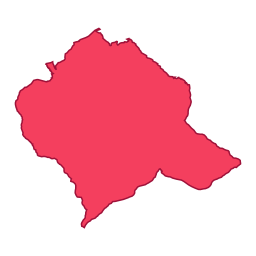 the district of Saschiz, Mures, Romania
{"feature_id": "2599482B37274548789390", "entity_name": "Saschiz", "entity_type": "district", "adm_level": 2, "iso_a3": "ROU", "parent_name": "Romania", "parent_adm1": "Mures", "projection": "robinson", "projection_center": [24.99, 46.172], "detail": "fine", "context": "isolated", "style": "filled", "palette": "rose", "viewbox_px": 256, "rotation_deg": 0, "n_neighbors": 0, "source": "geoboundaries", "source_scale": "gbopen_adm2", "svg_char_len": 5639}
<svg xmlns="http://www.w3.org/2000/svg" viewBox="0 0 256 256"><path d="M84.3,227.6L85.5,225.1L87.5,222.5L89.0,221.5L90.3,220.9L91.5,219.4L95.0,218.2L95.9,217.5L96.4,216.7L97.6,216.1L97.7,215.7L99.4,214.0L101.3,212.9L101.8,212.4L102.8,210.7L104.2,208.9L105.0,208.1L105.9,207.7L106.4,207.1L108.0,205.8L109.0,204.2L111.3,203.3L112.6,201.6L115.1,201.4L123.4,199.4L128.1,197.7L129.5,197.0L132.0,196.2L133.6,194.9L134.4,193.6L134.7,192.9L134.6,191.8L134.9,190.3L136.3,188.9L137.5,187.1L139.3,186.2L145.3,184.7L146.8,183.7L148.3,183.0L152.2,180.5L153.0,179.5L153.6,178.2L155.4,176.9L155.5,176.0L156.2,174.5L156.2,173.7L156.6,173.0L157.3,171.7L158.3,170.9L158.7,170.0L159.4,169.0L160.2,168.9L160.5,169.5L161.3,170.2L161.2,170.4L161.3,170.5L161.3,170.9L161.6,171.1L162.1,171.2L162.1,171.4L161.5,172.0L161.5,172.6L161.8,173.0L163.5,174.2L165.3,175.9L168.3,176.7L170.3,176.9L172.7,178.1L176.4,179.1L181.5,180.1L184.1,181.6L188.7,184.9L192.0,186.7L195.3,188.2L198.4,189.4L200.3,189.5L203.7,188.8L205.5,188.6L208.4,187.4L210.1,185.9L211.0,184.6L211.5,183.0L212.3,181.6L213.7,180.3L215.3,179.6L217.2,179.0L218.5,178.2L221.5,177.2L222.7,175.9L224.3,175.0L225.6,173.8L228.5,172.3L230.5,169.9L230.8,169.3L231.5,168.9L233.1,168.3L234.2,167.4L235.3,167.2L236.2,167.5L236.6,167.3L237.6,166.1L238.7,165.5L239.3,164.8L240.5,164.0L240.6,163.1L240.4,162.4L240.2,160.5L239.8,160.0L238.3,159.0L235.7,158.1L234.8,158.2L233.2,157.8L232.2,156.6L230.0,154.9L229.1,152.4L229.0,151.5L228.2,150.7L225.6,150.0L223.9,149.2L222.6,148.4L219.7,148.1L218.5,147.0L217.1,146.4L216.0,144.4L215.3,143.7L214.0,143.3L212.2,142.2L211.3,141.4L210.4,140.3L209.6,140.2L208.7,139.6L207.3,139.0L206.1,136.9L204.3,135.0L202.2,134.2L200.0,134.2L197.4,133.8L196.6,133.5L195.8,132.9L193.9,130.2L191.4,128.1L188.5,124.8L186.9,123.8L185.9,122.6L185.1,121.0L184.5,120.5L185.5,119.2L186.7,116.7L186.8,116.4L187.4,116.1L187.7,115.4L188.1,113.8L188.1,111.7L188.4,109.3L188.9,107.9L190.3,105.3L191.1,102.3L191.1,101.2L189.9,97.4L190.3,96.7L190.6,94.9L190.3,93.8L190.3,93.3L189.4,90.8L189.4,90.2L189.8,88.5L189.7,86.7L189.5,86.4L189.5,85.2L189.3,84.8L188.2,84.6L187.6,84.8L186.5,82.8L185.8,82.8L185.6,83.2L185.1,82.8L185.0,82.7L185.2,82.3L185.6,82.2L184.4,80.6L183.0,79.8L182.6,79.3L182.0,79.4L181.7,79.1L180.9,79.1L180.9,78.6L179.1,78.1L178.8,77.4L178.1,77.5L177.5,78.3L176.5,78.6L174.5,78.0L174.3,77.6L174.8,77.2L174.1,77.2L173.8,77.4L173.9,78.3L173.7,78.4L172.7,76.7L169.7,76.5L168.1,75.6L168.0,74.8L167.2,74.1L166.6,73.2L163.9,71.2L163.4,70.7L163.0,69.7L162.5,69.3L160.5,68.3L160.4,66.7L160.2,66.2L159.1,65.8L157.9,65.0L157.4,64.4L157.7,63.6L156.6,63.2L155.8,62.4L153.1,61.3L152.7,60.0L151.6,59.2L149.7,58.4L147.3,57.9L146.5,57.1L146.7,56.0L146.5,55.6L141.3,52.7L140.9,51.4L139.3,49.6L139.0,48.5L138.8,48.2L135.8,45.2L135.6,44.8L135.9,44.2L134.6,43.3L133.8,42.5L132.4,42.4L131.9,40.7L131.6,40.3L130.5,39.4L129.5,39.5L129.0,38.5L126.9,39.2L127.8,39.8L128.6,40.9L128.2,41.3L127.5,41.6L126.7,42.2L126.1,42.0L124.7,41.8L124.3,42.0L124.3,42.5L124.0,42.7L121.9,42.7L120.2,43.1L119.1,43.9L118.5,44.7L117.7,45.0L117.4,44.7L116.9,43.6L117.3,41.7L116.8,41.4L116.3,41.5L115.2,42.2L112.1,42.9L111.6,43.3L111.2,44.0L111.2,45.3L110.6,45.6L110.1,45.5L109.5,45.0L109.4,43.7L108.7,43.2L108.4,42.5L106.6,41.5L103.0,38.4L102.9,38.3L103.0,37.3L102.6,36.4L102.3,35.1L101.5,34.8L101.0,33.7L100.5,33.0L100.3,32.9L99.6,33.0L98.6,32.8L95.9,31.2L95.8,30.9L96.2,30.2L96.8,30.4L97.2,30.1L97.8,30.2L99.5,29.6L100.0,29.3L98.9,28.4L94.9,30.4L88.6,36.2L85.8,37.6L80.4,39.6L78.9,40.8L79.0,41.3L75.7,42.0L73.9,42.6L74.1,44.2L73.8,45.2L73.1,45.6L72.6,46.2L71.2,49.0L69.0,50.5L67.1,52.8L65.3,53.9L64.9,57.4L65.2,58.2L64.9,59.2L64.6,59.5L64.3,60.1L61.5,61.4L60.3,62.2L58.8,62.7L58.3,62.6L57.4,63.7L57.2,64.2L56.7,64.6L55.6,66.0L55.7,67.9L56.1,69.2L55.9,69.3L54.9,68.2L54.4,67.0L54.3,66.2L53.9,65.9L53.9,65.4L53.2,64.2L52.8,63.0L52.7,61.8L50.8,62.7L46.2,63.6L46.0,64.1L46.7,64.1L46.6,64.6L47.0,65.5L46.9,65.9L47.4,66.0L47.6,66.3L47.7,67.5L48.8,67.9L48.7,68.5L49.6,68.8L49.8,69.5L49.8,70.1L50.7,70.4L50.5,71.0L51.5,71.7L51.5,72.2L52.3,73.1L53.0,73.3L53.2,73.5L52.0,73.8L52.4,74.1L51.8,74.7L52.2,75.1L52.2,75.8L52.4,76.4L52.1,77.4L52.3,77.8L51.4,78.0L51.6,78.4L51.4,79.0L50.6,79.8L50.0,80.7L48.5,81.1L47.9,81.5L47.4,81.2L47.0,81.6L46.5,81.6L46.3,81.8L38.0,79.6L37.0,79.6L33.7,80.4L31.4,83.7L26.4,87.3L24.9,87.3L22.7,89.4L20.3,90.9L20.0,91.9L19.5,92.3L19.2,94.4L18.1,96.6L17.8,97.8L17.9,98.8L17.4,99.6L16.0,100.7L15.4,102.9L15.5,104.8L16.2,107.8L16.6,108.1L16.6,108.9L17.1,110.0L17.2,110.9L18.0,111.5L19.6,113.7L20.9,114.8L21.4,116.2L21.9,116.6L22.2,117.6L22.2,118.7L22.6,119.8L22.2,120.7L22.1,122.5L21.4,124.2L21.3,125.2L21.6,126.6L21.3,128.0L22.0,130.1L23.0,132.7L22.8,134.7L23.9,136.4L25.2,137.5L25.5,138.2L28.3,139.9L29.7,141.5L30.6,142.1L30.6,142.4L31.2,142.9L32.1,144.2L32.5,144.2L32.4,144.4L32.6,144.7L32.5,145.3L32.9,145.6L33.6,147.0L33.8,148.2L34.3,149.5L35.7,149.8L36.0,152.0L37.1,153.2L37.4,153.8L37.4,154.9L38.0,155.6L38.7,155.9L41.6,156.7L44.0,156.4L46.0,156.7L47.8,157.4L48.6,157.3L50.3,157.8L51.3,158.6L52.6,158.7L54.4,158.3L56.9,159.7L57.5,161.9L58.1,162.9L58.4,163.2L58.8,163.4L59.6,164.3L60.2,164.4L60.9,164.9L63.9,168.2L64.1,169.8L64.0,170.2L64.2,171.8L64.4,172.1L64.7,172.6L67.4,173.9L68.8,176.5L71.4,178.8L71.0,179.7L70.8,181.3L73.4,182.2L75.3,184.0L75.8,185.6L75.7,188.9L75.4,190.1L75.2,192.2L75.2,193.0L75.7,194.3L76.3,195.6L77.3,197.0L81.3,197.4L82.5,200.2L82.0,202.8L82.3,204.0L83.5,205.7L84.1,206.1L84.7,207.8L85.8,209.2L86.7,209.6L85.8,212.6L85.7,214.5L85.3,215.4L85.2,217.7L84.5,218.8L83.4,219.9L81.8,222.7L81.4,224.0L81.8,226.3L82.7,226.5L84.3,227.6Z" fill="#f43f5e" stroke="#9f1239" stroke-width="1.5"/></svg>